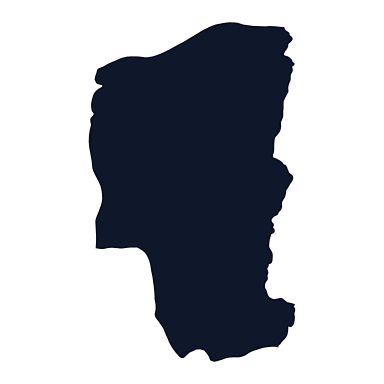 the district of As Sawm, Hadramawt, Yemen
{"feature_id": "15242507B25439284744831", "entity_name": "As Sawm", "entity_type": "district", "adm_level": 2, "iso_a3": "YEM", "parent_name": "Yemen", "parent_adm1": "Hadramawt", "projection": "equal_earth", "projection_center": [49.843, 16.023], "detail": "fine", "context": "isolated", "style": "filled", "palette": "ink", "viewbox_px": 384, "rotation_deg": 0, "n_neighbors": 0, "source": "geoboundaries", "source_scale": "gbopen_adm2", "svg_char_len": 5938}
<svg xmlns="http://www.w3.org/2000/svg" viewBox="0 0 384 384"><path d="M210.8,359.7L212.9,360.7L214.4,361.0L215.9,360.7L217.4,360.3L222.1,358.9L225.2,357.7L226.6,357.3L228.0,357.0L230.8,356.7L232.3,356.6L237.9,356.6L239.3,356.5L240.9,356.2L242.2,355.8L244.8,354.8L246.0,354.1L247.3,353.2L248.5,352.4L250.1,351.5L251.4,350.9L254.2,349.8L255.8,349.3L259.8,348.1L261.2,347.6L262.6,347.2L264.0,346.9L265.6,346.7L269.2,346.2L272.0,346.0L274.7,346.0L277.5,346.4L277.4,346.1L278.1,345.1L278.9,344.4L279.8,343.6L280.5,342.6L281.3,341.5L282.8,339.9L284.4,338.3L285.1,337.4L285.8,336.4L286.4,335.3L286.8,334.1L287.3,331.4L287.5,330.0L287.5,327.4L287.8,326.2L288.6,325.5L289.5,326.0L290.4,326.4L291.4,326.0L292.2,325.1L293.4,323.2L293.6,322.0L293.9,320.5L294.0,319.2L294.1,317.8L294.1,316.5L293.8,315.3L293.6,313.9L293.9,312.4L294.3,311.1L294.5,309.9L294.3,308.4L293.4,307.7L292.7,306.6L293.4,305.7L294.0,304.7L293.0,304.3L290.1,303.5L288.2,303.1L287.1,303.0L286.2,302.4L285.4,301.6L284.4,301.0L282.8,299.5L281.8,298.8L280.9,298.7L279.9,298.8L278.8,299.0L276.8,299.5L274.8,299.9L273.8,299.9L272.9,299.7L271.0,298.9L270.1,298.4L269.2,297.9L268.3,297.0L267.6,296.0L267.1,294.8L266.3,292.5L266.1,291.3L265.6,290.1L264.9,289.1L264.4,288.0L264.3,286.8L264.3,285.5L264.3,284.3L265.1,282.0L265.8,281.0L266.6,280.0L267.1,278.9L266.8,276.1L266.9,274.8L267.4,273.6L267.6,272.4L267.3,271.1L266.8,270.0L266.5,268.7L266.8,267.6L267.6,266.6L268.0,265.4L268.1,264.1L268.8,263.2L269.8,263.1L270.7,262.8L271.3,261.9L271.7,260.6L271.8,259.4L272.0,256.6L272.0,255.2L271.9,253.9L271.5,252.7L270.4,250.6L269.7,249.7L269.1,248.6L268.6,247.5L268.4,246.1L268.5,243.4L268.9,240.7L269.1,239.2L269.9,236.5L270.2,235.2L270.5,234.0L271.4,233.4L272.2,232.9L273.2,232.6L274.0,231.5L274.0,230.3L273.5,229.1L272.8,228.4L272.1,227.4L273.2,225.1L272.8,223.8L271.9,223.1L271.3,222.2L270.9,221.0L270.8,219.7L271.3,218.7L271.9,217.8L272.7,216.9L273.6,216.1L274.4,215.6L276.5,214.6L277.3,213.9L277.8,212.6L278.4,211.7L279.2,210.8L280.0,210.0L280.7,208.9L281.2,207.6L281.4,206.4L281.2,204.8L281.2,203.5L281.3,202.3L281.7,201.1L282.3,200.0L283.7,197.9L284.3,196.8L285.0,194.3L285.2,193.0L285.4,191.6L285.6,190.4L286.2,189.1L286.9,188.2L287.5,187.3L289.5,183.7L290.1,182.8L290.8,181.9L291.5,180.9L292.0,179.8L292.4,178.6L292.5,177.4L292.1,176.2L291.4,175.3L290.5,174.6L289.6,174.2L288.8,173.4L288.2,172.2L287.7,170.9L287.2,169.9L286.3,167.4L285.7,166.3L285.0,165.5L284.0,165.3L283.1,164.8L282.5,163.8L281.8,162.8L280.9,162.1L279.1,160.8L276.1,159.3L274.1,158.4L273.2,158.2L272.3,157.6L272.4,154.2L272.9,153.1L273.2,151.9L273.4,150.6L273.5,143.7L273.7,141.1L274.1,138.4L274.5,137.2L275.2,136.2L276.0,135.4L276.8,134.6L277.5,133.6L279.0,131.7L279.5,130.6L279.9,129.4L280.2,128.0L280.4,126.6L280.2,124.0L280.1,122.6L280.5,121.4L281.0,120.3L282.4,116.7L282.5,115.4L282.5,112.8L282.5,111.4L282.6,110.0L282.8,108.5L282.8,107.1L282.8,103.1L282.9,101.7L283.2,100.5L284.9,96.8L286.6,93.5L287.3,92.4L287.7,91.3L287.5,88.6L287.5,87.4L287.7,86.0L288.4,83.5L288.8,82.4L289.8,80.2L290.0,79.0L289.9,77.6L290.1,74.9L290.5,73.7L291.8,71.4L292.0,70.1L291.9,68.9L291.5,67.8L291.6,66.4L292.3,65.5L293.2,65.1L293.9,63.9L293.1,63.2L292.1,62.5L291.6,61.3L291.3,60.2L290.5,59.4L288.9,57.9L288.0,57.4L287.2,56.9L286.1,56.7L284.2,56.0L283.4,55.2L283.2,54.0L283.5,52.8L284.7,50.7L286.2,48.7L286.9,47.6L287.4,46.3L287.5,44.9L287.8,43.7L288.6,42.6L289.5,42.1L291.1,40.5L291.8,39.5L291.8,38.2L291.1,37.2L290.2,36.5L289.3,35.8L288.9,34.7L288.7,33.4L288.0,32.7L285.2,30.8L284.5,29.9L283.9,28.9L283.7,27.7L280.6,27.7L279.1,27.5L277.7,27.3L276.2,27.2L275.0,27.0L269.1,26.8L267.2,27.0L265.5,27.1L253.3,26.7L250.4,26.3L248.9,26.1L247.2,25.9L244.4,25.5L242.3,25.1L237.9,23.6L234.9,23.2L229.4,23.0L223.1,23.8L220.2,24.4L217.4,24.9L215.7,25.3L213.0,26.3L209.3,27.8L206.0,29.5L204.4,30.2L203.0,30.9L194.9,35.9L189.4,39.1L186.0,41.3L183.0,43.0L179.8,44.6L169.4,50.3L164.3,52.8L161.6,54.1L160.2,54.7L158.7,55.2L157.2,55.8L154.4,56.7L152.8,57.1L151.5,57.4L150.1,57.6L148.8,57.9L147.5,58.0L144.7,58.0L142.0,57.7L139.3,57.3L137.8,57.2L131.8,57.1L130.1,57.2L127.1,57.4L122.3,58.5L119.4,59.6L114.8,61.7L109.3,64.0L107.6,64.9L105.0,66.4L103.6,67.2L98.2,69.4L96.8,74.0L96.1,75.8L95.7,77.6L95.4,79.4L96.0,81.0L96.8,82.5L97.9,83.3L100.8,84.1L102.1,84.3L103.2,85.2L102.9,87.0L101.7,87.9L99.1,89.3L97.9,90.2L96.7,91.2L95.8,92.2L94.7,93.7L93.9,95.4L92.8,99.2L92.3,101.2L92.0,103.0L91.8,104.9L91.9,106.8L92.1,108.6L92.4,110.3L93.3,111.8L94.3,112.9L94.4,114.7L93.5,116.0L92.5,117.1L91.5,118.2L91.0,119.8L91.1,121.6L91.6,123.4L91.7,125.2L90.8,128.9L90.4,130.7L89.9,134.1L89.7,136.0L89.6,138.0L89.5,142.1L89.8,145.6L90.0,147.4L90.3,149.3L90.7,151.4L91.7,157.0L92.4,161.1L93.0,167.0L93.3,168.8L93.8,170.4L95.3,173.8L96.1,175.3L98.5,179.8L100.9,184.9L101.4,186.5L101.8,188.3L102.2,189.9L102.5,191.9L102.7,193.9L102.9,197.4L102.9,199.2L102.6,201.5L102.1,203.8L101.5,205.9L100.9,207.5L98.9,213.0L97.3,216.7L96.8,218.2L96.3,219.8L96.1,221.6L96.8,235.2L96.8,237.4L96.8,241.6L96.7,243.3L96.6,245.4L96.5,247.6L99.4,248.1L102.5,248.3L104.1,248.1L107.5,247.4L108.9,247.2L111.8,247.0L113.3,247.1L116.5,247.4L117.8,247.4L119.6,247.7L120.9,247.7L122.3,247.7L128.9,246.9L130.6,246.8L136.7,246.8L137.9,247.0L139.1,247.6L142.0,249.4L143.2,250.2L144.6,251.4L145.8,252.7L146.8,254.1L147.7,255.6L148.5,257.1L149.3,259.0L150.0,261.1L150.7,263.3L151.1,265.4L152.0,271.1L152.4,272.8L153.3,277.6L153.8,281.3L154.0,283.2L154.4,285.2L155.0,291.5L155.3,296.3L155.3,298.6L156.0,302.8L156.3,305.0L156.4,308.8L156.1,310.7L155.4,314.2L155.7,316.0L156.5,317.6L157.4,318.8L159.3,321.3L160.2,322.7L161.2,324.0L163.2,327.0L164.0,328.4L164.9,330.4L165.6,332.4L166.3,333.8L166.9,335.4L167.6,336.8L168.4,338.6L169.7,341.9L172.2,346.4L173.0,347.6L174.0,349.1L175.9,351.7L176.9,352.9L179.1,355.3L179.7,355.9L180.2,356.4L181.4,357.3L183.6,357.1L189.1,352.0L196.4,348.8L200.2,348.5L204.6,349.9L207.3,352.9L209.3,355.9L210.8,359.7Z" fill="#0f172a" stroke="#020617" stroke-width="1.5"/></svg>